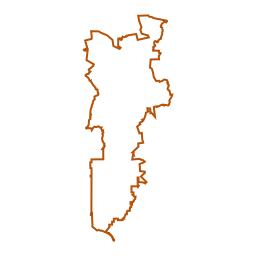 outline of Cajeme, Sonora, Mexico
{"feature_id": "50627088B55072426150825", "entity_name": "Cajeme", "entity_type": "district", "adm_level": 2, "iso_a3": "MEX", "parent_name": "Mexico", "parent_adm1": "Sonora", "projection": "orthographic", "projection_center": [-109.903, 27.712], "detail": "fine", "context": "isolated", "style": "outline", "palette": "amber", "viewbox_px": 256, "rotation_deg": 0, "n_neighbors": 0, "source": "geoboundaries", "source_scale": "gbopen_adm2", "svg_char_len": 5686}
<svg xmlns="http://www.w3.org/2000/svg" viewBox="0 0 256 256"><path d="M146.5,182.2L140.9,176.5L144.8,172.9L144.8,171.7L140.1,171.1L139.6,164.0L143.6,162.5L144.8,161.7L143.1,160.2L140.0,159.3L139.8,158.9L132.2,159.5L133.1,154.7L133.8,155.1L133.3,153.2L133.6,152.6L133.2,152.3L132.6,152.3L138.5,146.5L138.2,143.5L143.2,142.7L142.3,139.6L141.8,132.9L139.5,133.4L137.1,126.7L138.0,125.9L139.3,124.9L139.4,124.7L140.3,124.2L139.6,123.0L140.9,122.0L142.1,121.7L142.7,120.9L143.1,120.7L142.2,119.8L143.9,119.1L144.1,118.9L144.3,118.1L144.6,117.9L145.6,114.7L145.7,113.4L145.9,112.8L147.6,111.8L148.2,111.5L148.3,111.3L148.2,110.9L147.8,110.7L147.8,110.4L147.6,110.1L147.5,109.8L147.5,109.6L147.4,109.1L147.6,108.6L147.4,108.5L147.4,108.2L149.2,108.7L149.8,108.4L150.0,108.9L150.3,109.0L150.4,113.1L151.4,112.7L153.2,114.7L155.0,116.8L153.8,107.1L155.7,106.4L156.3,106.6L156.5,106.9L157.0,106.7L157.2,106.4L157.3,106.5L158.1,106.7L158.8,106.4L159.3,105.8L160.4,105.5L161.5,104.8L162.1,104.7L162.8,105.0L163.0,104.8L164.1,105.5L164.2,105.3L164.2,104.8L168.3,105.4L169.2,104.5L169.2,103.3L169.8,102.2L169.3,100.7L171.9,96.1L172.2,94.5L170.3,94.8L169.5,90.6L169.0,90.6L168.7,90.2L167.9,89.6L167.6,88.7L168.9,85.2L168.4,85.0L167.3,83.0L168.0,82.8L167.0,80.2L164.8,79.6L164.0,79.6L162.3,80.9L159.6,81.8L159.1,80.8L156.1,81.0L153.7,76.8L153.2,73.3L152.0,69.2L151.7,68.7L150.0,67.6L150.7,59.5L155.5,59.3L159.0,59.4L158.8,56.0L160.6,53.2L158.9,52.7L158.9,50.7L153.1,50.6L153.1,50.3L153.1,49.4L153.6,48.6L153.5,48.1L153.2,47.4L153.2,47.0L153.9,46.5L154.7,46.5L155.0,46.1L155.0,45.5L155.2,45.3L155.2,45.2L154.4,44.6L154.3,44.0L154.3,41.9L154.7,41.3L155.1,41.1L155.9,41.2L157.1,42.3L157.3,42.3L157.6,42.0L158.1,41.8L158.2,41.5L158.0,41.0L158.7,40.0L160.0,39.0L160.7,39.0L160.9,38.8L161.1,38.3L161.0,37.6L161.3,36.5L161.7,35.2L162.1,34.6L162.3,33.2L162.2,32.2L162.3,31.7L162.8,30.9L162.6,30.4L162.6,30.0L162.2,28.8L162.3,28.0L161.6,27.1L161.3,27.0L160.9,27.0L160.7,26.4L161.2,25.5L161.2,25.0L161.7,24.3L161.8,23.9L162.7,23.3L163.1,22.7L163.7,22.0L165.1,21.8L166.1,22.4L167.0,21.3L166.8,20.7L154.0,18.2L153.1,17.9L152.8,17.6L151.7,16.9L149.5,16.9L148.2,15.4L138.2,15.8L139.2,21.1L141.5,27.2L140.3,29.6L141.7,33.7L148.1,35.5L148.8,37.4L137.7,39.9L136.2,34.0L128.2,35.3L127.5,35.9L126.8,35.7L126.3,36.3L125.9,36.3L125.8,36.8L125.3,36.8L123.2,37.3L122.7,36.8L122.4,37.3L122.0,37.6L121.8,38.1L121.4,38.2L121.4,38.5L121.9,38.5L121.9,39.2L121.6,39.7L121.1,39.4L121.0,39.8L120.4,39.8L120.1,39.3L120.5,39.0L119.7,38.4L118.2,38.6L118.2,47.2L118.4,47.5L119.4,46.8L120.6,47.7L119.6,48.9L119.3,48.8L113.4,46.0L112.5,39.9L107.4,35.5L105.5,34.6L100.8,32.7L98.8,31.4L91.2,31.2L91.8,38.5L91.3,39.0L85.1,40.5L87.3,48.1L83.8,49.7L84.0,50.1L84.3,50.0L85.1,50.8L87.7,50.0L86.5,60.1L93.8,64.3L93.3,65.1L93.2,66.1L92.6,66.4L90.4,68.3L89.3,68.9L88.7,69.6L89.2,70.7L90.3,71.6L89.8,71.9L89.9,72.1L89.3,72.6L89.0,72.7L88.6,73.9L87.3,74.0L85.5,75.1L85.7,75.8L86.2,76.3L87.7,77.2L89.1,79.1L89.5,80.6L90.4,81.1L90.7,81.2L90.8,81.1L90.8,81.6L91.7,82.5L92.0,83.3L92.4,83.7L92.9,84.7L93.6,85.3L94.0,86.1L94.5,86.3L95.1,87.4L95.7,88.0L95.7,88.3L95.5,88.6L95.5,88.8L96.1,89.4L97.2,89.4L97.6,89.7L97.6,89.9L97.5,90.6L97.7,91.5L97.6,91.8L97.8,92.1L98.0,92.8L98.2,93.1L98.4,93.7L98.1,94.0L98.3,94.6L98.0,95.1L94.9,96.3L94.5,96.6L94.5,98.3L94.8,98.8L94.8,99.2L93.7,100.3L93.1,101.2L93.0,102.2L92.6,103.3L92.7,103.9L91.7,105.3L91.8,106.8L91.0,108.3L90.4,111.4L90.5,112.0L90.3,112.6L90.5,113.1L90.3,113.5L91.1,114.7L91.0,114.9L90.2,115.1L90.2,115.6L90.5,116.3L90.2,116.8L90.4,117.3L90.1,117.5L90.4,118.8L90.3,119.1L89.4,119.6L89.0,120.3L88.7,124.4L88.7,124.9L88.0,126.0L87.9,126.5L87.6,126.9L86.5,127.3L86.1,127.8L86.1,128.2L86.5,128.5L87.2,128.0L87.5,128.2L90.8,128.2L91.6,129.3L91.8,130.1L93.4,127.5L94.5,126.7L95.7,127.0L96.2,126.9L96.8,127.0L97.8,126.5L98.5,126.4L99.1,126.6L99.8,127.5L100.6,127.6L101.5,127.5L101.3,127.9L101.3,128.8L102.0,130.1L102.1,131.1L102.6,131.1L102.9,130.9L102.8,131.5L103.4,132.3L103.4,132.6L102.3,133.8L102.9,135.0L102.6,136.8L102.4,137.2L102.1,138.0L102.2,139.9L102.6,140.5L102.7,141.7L103.9,143.1L104.2,143.4L104.0,143.6L104.4,144.6L104.3,145.1L104.1,145.3L104.1,145.5L104.5,146.2L104.4,146.4L104.5,146.4L104.2,146.9L103.9,147.7L102.8,148.4L102.6,148.7L103.3,148.5L103.3,148.8L103.2,148.7L103.2,149.3L103.3,159.3L91.5,159.4L91.5,162.3L90.3,162.3L90.3,168.0L91.5,168.2L91.5,175.7L90.6,175.7L90.6,176.4L91.5,176.4L91.4,212.8L92.0,212.8L92.0,213.9L91.1,213.8L91.1,214.0L90.9,214.0L90.9,215.0L92.0,215.0L92.5,226.9L93.7,227.7L97.0,230.5L98.8,229.9L98.9,230.1L99.9,230.4L100.4,230.7L101.8,230.7L107.0,232.9L109.4,234.3L110.6,235.2L111.8,236.6L112.4,237.8L113.2,240.0L113.7,240.6L114.1,240.6L114.2,239.9L113.8,239.4L113.5,238.8L112.9,238.0L112.6,237.0L110.9,234.8L110.4,234.5L109.9,234.0L109.4,233.7L109.2,233.1L108.2,232.9L107.2,232.5L106.1,231.8L105.9,231.4L109.4,227.1L109.5,226.7L109.4,226.6L109.4,226.3L109.2,226.3L109.2,224.7L112.1,224.7L112.1,221.7L113.9,221.7L113.8,218.7L117.9,218.7L117.9,220.1L122.6,220.1L122.6,218.7L124.0,218.7L123.7,218.1L124.6,216.9L124.7,216.3L125.3,215.6L125.4,214.8L125.6,214.2L126.9,214.2L126.9,212.0L127.9,211.0L127.8,210.8L129.8,210.8L129.8,208.6L130.1,208.3L130.1,207.5L130.4,206.9L131.3,206.9L131.3,205.7L131.5,205.5L132.0,204.7L132.0,203.9L130.5,203.9L130.5,202.1L133.2,202.0L133.6,201.4L133.4,200.9L133.5,200.6L134.3,200.0L134.7,199.3L135.2,199.0L135.6,196.5L135.2,196.5L135.1,197.1L134.7,197.1L132.8,195.0L133.5,195.0L133.5,192.4L131.5,192.4L131.5,186.3L137.3,186.3L137.9,187.1L138.8,185.6L137.7,184.6L137.6,177.5L138.5,177.5L138.6,182.1L142.4,182.3L143.2,182.6L144.8,183.0L145.1,183.3L145.3,182.9L146.3,182.5L146.5,182.2Z" fill="none" stroke="#b45309" stroke-width="2"/></svg>